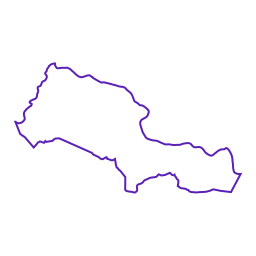 Moreau, Micoud, Saint Lucia
{"feature_id": "8701671B80425002261515", "entity_name": "Moreau", "entity_type": "district", "adm_level": 2, "iso_a3": "LCA", "parent_name": "Saint Lucia", "parent_adm1": "Micoud", "projection": "mercator", "projection_center": [-60.943, 13.828], "detail": "fine", "context": "isolated", "style": "outline", "palette": "violet", "viewbox_px": 256, "rotation_deg": 0, "n_neighbors": 0, "source": "geoboundaries", "source_scale": "gbopen_adm2", "svg_char_len": 5684}
<svg xmlns="http://www.w3.org/2000/svg" viewBox="0 0 256 256"><path d="M33.7,147.5L35.1,145.9L36.3,144.6L38.1,142.4L39.9,141.5L41.0,141.7L41.9,142.1L44.1,142.8L45.3,141.0L46.5,141.9L47.6,141.7L52.6,140.8L53.9,139.4L55.3,138.6L57.4,138.4L59.3,138.4L91.8,152.8L93.3,154.5L94.5,155.2L95.0,155.3L96.3,156.0L98.3,156.8L99.0,157.4L100.0,158.3L101.3,159.0L102.2,159.2L103.0,159.1L104.0,158.4L105.9,157.4L106.6,157.2L106.9,157.9L107.2,158.8L108.3,159.1L109.6,159.6L110.4,159.8L111.2,160.2L112.1,160.3L113.0,160.1L113.9,159.7L114.5,159.2L115.0,159.0L115.0,160.0L115.3,160.6L115.3,161.4L115.7,162.6L115.7,164.2L116.5,166.7L116.5,167.1L117.0,167.7L117.7,168.1L119.0,169.9L120.3,170.8L125.3,177.1L125.2,189.7L126.0,190.6L126.2,190.8L126.5,191.0L129.9,191.7L130.5,191.7L131.0,191.7L131.3,191.8L132.2,192.0L133.2,192.2L134.0,192.5L134.3,192.6L134.8,192.5L135.8,192.0L136.7,191.1L137.0,190.9L137.1,190.5L137.2,190.1L137.2,189.5L136.9,187.3L136.9,186.7L136.9,186.3L137.1,185.7L137.3,185.4L137.5,185.0L138.3,184.4L138.6,184.3L140.3,183.8L141.1,183.5L142.0,183.1L142.8,182.3L143.5,181.4L144.0,180.8L144.5,180.4L145.4,179.8L146.4,179.5L148.0,178.8L150.0,177.8L150.5,177.7L152.2,177.5L153.4,177.3L154.8,177.2L155.9,176.9L156.2,176.8L156.5,176.6L156.8,176.4L158.1,174.9L158.8,174.4L159.1,174.4L159.3,174.5L160.6,175.2L161.1,175.4L162.0,175.4L164.3,175.1L165.1,174.9L165.7,174.7L166.4,174.4L167.4,173.8L168.3,173.6L168.6,173.5L169.6,172.8L169.9,172.8L170.3,173.1L171.7,174.6L172.2,175.0L172.8,175.2L173.7,175.2L174.0,175.1L174.3,175.0L174.5,174.8L174.6,175.3L175.1,176.1L175.5,176.7L176.3,177.6L176.4,178.3L176.6,178.7L176.7,178.9L177.9,179.8L178.1,180.0L178.3,180.5L178.4,180.9L178.4,181.5L178.2,183.4L178.0,184.9L177.8,186.2L178.6,186.5L179.8,187.5L181.0,188.1L182.1,188.3L184.2,188.6L185.2,188.8L186.0,189.0L186.5,189.3L187.3,189.9L187.7,190.0L188.3,190.0L188.5,190.4L189.1,191.1L189.9,191.6L190.5,191.8L191.1,192.0L192.0,192.1L193.2,192.2L193.7,192.1L194.2,192.2L195.4,192.4L196.8,192.4L197.3,192.4L198.3,192.2L205.9,191.8L209.8,190.8L213.3,189.3L220.3,190.8L231.0,192.1L240.6,174.0L239.8,174.0L238.6,174.1L236.7,173.6L235.4,173.1L234.2,172.1L234.0,171.8L233.8,171.2L233.6,170.5L233.3,168.9L233.0,166.2L232.9,163.4L232.6,161.6L232.4,160.6L232.5,159.8L232.4,158.7L232.1,157.2L231.9,156.3L231.6,155.3L231.1,154.0L230.4,152.7L229.6,151.2L229.3,150.8L228.4,149.5L227.8,148.9L227.2,148.5L226.7,148.2L226.3,148.1L225.8,148.2L225.4,148.4L224.5,149.2L223.4,149.3L221.2,149.4L220.7,149.5L220.1,149.8L218.7,150.5L217.8,151.1L216.9,151.8L216.0,152.6L215.2,153.1L214.0,154.2L212.5,155.3L211.5,155.6L210.6,155.6L210.1,155.4L209.1,155.0L207.6,154.1L207.0,153.7L205.8,152.8L205.2,152.2L204.0,150.5L203.2,149.4L202.7,148.9L201.3,147.7L200.5,147.3L199.0,147.0L196.8,147.2L195.2,147.3L194.7,147.2L194.0,147.0L193.1,146.5L192.5,146.0L192.2,145.6L191.2,144.4L190.8,144.0L190.2,143.6L189.8,143.4L189.2,143.2L188.3,143.1L185.9,143.2L182.7,143.8L180.0,144.8L179.1,144.9L176.1,144.9L174.8,145.0L173.8,145.1L172.6,144.9L169.6,144.4L168.4,144.3L166.7,144.4L165.8,144.4L164.6,144.2L163.5,143.7L160.1,142.3L159.0,141.7L157.5,141.1L156.4,140.7L155.3,140.6L152.6,140.3L151.8,140.1L148.2,139.0L147.4,138.6L146.5,138.0L145.8,137.4L143.3,133.3L142.8,132.5L142.1,130.4L141.0,126.9L140.3,124.5L140.2,123.6L140.2,122.8L140.2,122.2L140.5,121.5L140.8,120.9L141.4,120.0L142.2,119.4L146.0,117.3L146.5,116.9L146.9,116.5L147.2,116.1L147.8,114.9L148.4,113.3L148.7,112.5L148.8,111.8L148.7,111.4L148.5,110.8L148.2,110.1L146.8,108.7L145.8,107.8L144.4,106.7L142.6,105.6L142.0,105.3L141.6,105.3L140.4,105.3L139.9,105.2L139.7,105.0L139.3,104.8L138.0,103.4L135.5,101.9L135.0,101.6L134.5,101.1L133.9,100.1L133.2,97.8L132.5,96.1L132.1,95.3L131.3,93.8L130.7,93.0L130.1,92.5L128.6,91.2L127.5,90.4L126.3,89.2L125.6,88.4L125.1,87.9L124.5,87.5L123.8,87.2L122.6,86.8L121.4,86.8L120.4,86.6L119.5,86.4L118.6,86.3L117.1,85.7L114.5,85.0L114.4,84.9L112.5,84.5L109.9,83.7L106.2,82.9L104.3,82.3L103.3,82.3L101.9,82.6L100.8,82.3L99.0,81.4L96.0,79.7L93.5,78.2L93.0,77.7L92.7,77.4L92.5,77.5L92.1,77.1L92.0,76.9L91.8,76.9L91.5,76.6L90.6,76.0L89.9,75.5L89.5,75.3L88.6,75.3L86.9,75.6L86.6,75.7L85.4,76.2L84.0,76.6L82.8,77.0L81.9,77.2L81.2,77.2L80.6,77.1L79.7,76.8L79.3,76.7L79.1,76.6L78.7,76.5L78.3,76.2L76.8,75.1L75.8,74.3L73.8,72.3L72.0,70.8L71.5,70.3L70.4,69.3L69.6,68.8L67.8,67.9L66.9,67.8L65.5,67.8L65.2,67.8L64.5,67.8L61.6,67.8L61.1,67.9L59.6,68.1L58.0,68.3L57.7,68.3L57.4,68.2L57.1,68.1L56.7,67.9L56.5,67.6L55.2,65.7L55.1,65.4L55.0,63.5L54.3,63.4L51.4,64.2L48.8,66.1L48.8,66.6L48.6,67.0L48.5,67.3L47.5,68.4L46.9,69.8L46.7,70.4L46.6,71.0L46.5,71.4L45.4,72.5L45.2,73.1L45.2,73.5L45.3,73.9L46.1,74.9L46.3,75.2L46.6,75.5L46.8,75.9L46.8,77.1L46.4,78.3L45.9,79.2L45.7,79.7L45.4,80.0L45.0,80.4L44.2,80.8L43.9,81.0L43.6,81.1L43.1,81.3L42.5,81.7L42.3,81.8L42.2,82.0L41.7,83.0L41.0,85.1L40.9,85.4L40.3,85.9L39.9,86.1L39.7,86.2L38.1,86.8L37.8,87.3L37.6,88.0L37.6,88.3L37.9,89.3L38.2,90.7L38.2,91.3L38.1,91.8L37.9,92.5L37.5,93.4L37.3,93.7L37.1,94.2L37.1,95.6L37.0,96.1L36.6,97.2L36.4,97.7L36.4,97.8L35.8,98.3L35.0,98.9L33.3,99.5L32.2,100.1L31.0,100.6L30.6,100.9L30.1,101.2L30.0,101.3L29.8,101.8L29.8,102.1L29.7,102.3L29.7,102.6L29.9,102.8L30.6,103.2L30.8,103.3L31.0,103.4L31.2,103.5L31.7,103.9L31.7,104.4L31.4,105.1L31.3,105.3L31.2,105.6L30.9,105.8L30.8,106.0L30.2,106.2L29.0,107.1L28.7,107.3L27.1,108.7L26.4,109.3L25.2,110.8L24.6,111.6L24.3,112.1L24.0,113.0L23.9,113.7L24.0,115.2L24.6,117.5L24.7,118.1L24.7,119.0L24.7,119.3L24.2,120.1L23.5,121.0L22.8,121.7L22.1,122.2L21.4,122.6L19.8,123.2L19.3,123.2L18.2,123.2L17.7,123.1L16.6,122.7L16.0,122.3L15.8,122.2L15.5,122.0L15.5,121.8L15.4,121.8L20.2,134.0L25.0,137.3L33.7,147.5Z" fill="none" stroke="#5b21b6" stroke-width="2"/></svg>